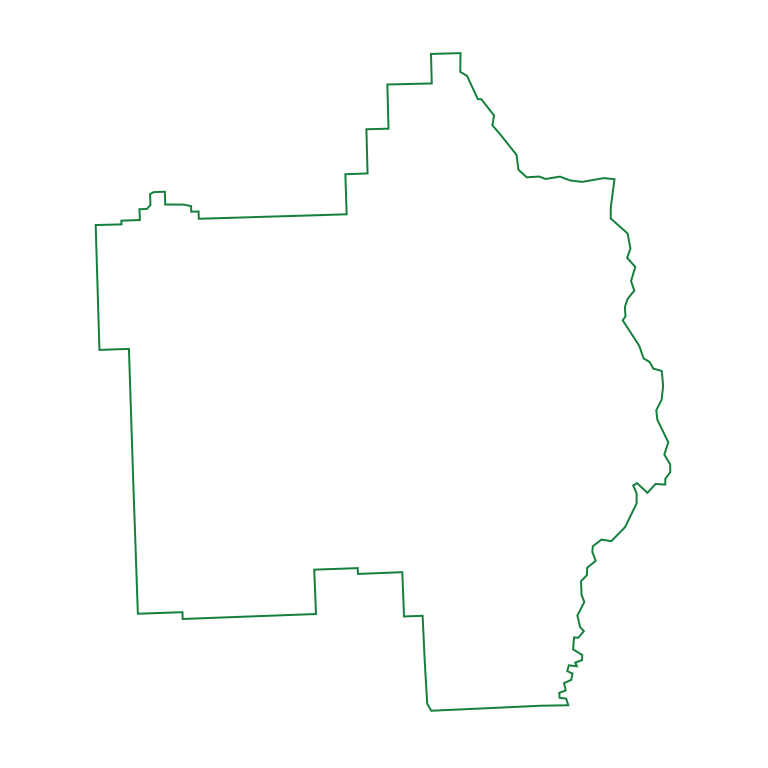 outline of Fergus, Montana, United States of America, rotated 88°
{"feature_id": "52423323B78350254169846", "entity_name": "Fergus", "entity_type": "district", "adm_level": 2, "iso_a3": "USA", "parent_name": "United States of America", "parent_adm1": "Montana", "projection": "albers", "projection_center": [-109.214, 47.248], "detail": "fine", "context": "isolated", "style": "outline", "palette": "green", "viewbox_px": 768, "rotation_deg": 88, "n_neighbors": 0, "source": "geoboundaries", "source_scale": "gbopen_adm2", "svg_char_len": 1659}
<svg xmlns="http://www.w3.org/2000/svg" viewBox="0 0 768 768"><g transform="rotate(88 384 384)"><path d="M711.5,211.1L704.8,212.9L703.7,219.5L698.7,219.6L696.6,213.1L689.2,214.5L686.2,207.2L680.0,205.7L677.3,210.9L671.6,209.1L672.8,201.1L669.1,202.6L666.8,195.7L661.8,195.3L655.8,204.3L643.9,202.9L644.4,198.8L638.0,192.9L633.7,196.5L622.1,198.8L608.8,191.4L601.8,193.9L588.0,194.0L582.1,187.9L574.7,187.3L568.1,178.6L559.0,181.7L553.4,180.9L547.1,172.1L549.0,162.3L535.3,148.0L512.1,135.7L502.4,135.3L494.1,138.5L491.9,134.6L502.0,124.5L493.4,116.2L494.3,106.5L488.4,106.1L482.1,101.0L474.4,100.8L464.3,106.3L452.1,101.9L429.2,112.1L419.7,112.8L409.4,107.1L395.8,105.1L380.7,105.9L378.0,114.3L371.4,117.7L367.4,123.7L354.7,127.6L328.7,143.2L324.8,140.3L315.4,140.6L307.5,137.6L299.4,130.6L289.8,133.5L275.8,128.8L266.4,136.6L257.3,133.0L242.1,135.3L226.5,151.6L215.4,151.2L187.4,146.5L185.9,157.1L188.9,178.8L187.1,190.8L182.9,200.9L184.7,215.5L182.1,221.6L182.4,234.1L174.7,242.1L159.6,243.6L138.9,258.9L129.2,266.7L119.5,264.6L102.8,276.8L102.6,280.3L79.0,290.2L74.7,296.9L56.0,296.0L55.8,325.5L85.3,325.8L84.8,370.2L129.0,370.6L128.8,392.7L173.0,393.1L173.0,415.3L213.1,415.4L212.4,563.3L205.1,563.3L205.1,570.6L199.5,570.6L197.7,578.0L197.0,596.4L184.2,596.3L184.2,607.4L186.0,611.1L197.1,611.2L200.8,614.9L200.8,622.3L211.6,622.3L211.6,640.8L215.3,640.8L215.1,666.4L215.1,666.6L340.0,667.2L340.0,637.7L472.8,638.0L605.0,638.0L605.0,593.4L611.8,593.4L611.5,460.0L567.1,460.2L567.1,416.7L572.9,416.7L572.7,372.3L617.0,372.1L617.0,353.5L660.8,353.0L704.9,352.0L712.2,348.2L711.0,238.0L711.5,211.1Z" fill="none" stroke="#15803d" stroke-width="2"/></g></svg>